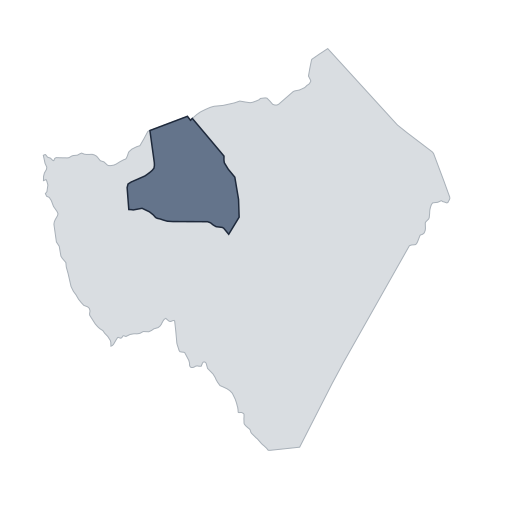 Ouargla on a map of Algeria (Robinson projection), rotated 262°
{"feature_id": "DZA-2194", "entity_name": "Ouargla", "entity_type": "Province", "adm_level": 1, "iso_a3": "DZA", "parent_name": "Algeria", "parent_adm1": "", "projection": "robinson", "projection_center": [6.675, 30.952], "detail": "fine", "context": "in_parent", "style": "filled", "palette": "slate", "viewbox_px": 512, "rotation_deg": 262, "n_neighbors": 0, "source": "natural_earth", "source_scale": "10m", "svg_char_len": 4488}
<svg xmlns="http://www.w3.org/2000/svg" viewBox="0 0 512 512"><g transform="rotate(262 256 256)"><path d="M385.3,59.4L385.7,60.6L385.7,61.7L384.0,62.7L382.9,63.3L381.5,66.1L379.0,68.0L378.6,68.6L378.6,69.1L380.3,70.0L380.9,70.8L381.2,71.9L380.5,75.9L379.4,82.9L379.4,84.4L380.1,86.2L380.7,87.6L380.9,89.2L380.7,93.2L381.6,95.5L382.2,97.6L380.7,100.2L380.1,102.5L379.7,105.9L379.5,107.9L378.6,109.9L377.3,111.7L375.9,112.8L374.1,113.8L372.0,115.1L370.4,118.5L366.8,121.4L366.1,122.4L365.7,124.7L365.8,127.9L366.5,130.4L368.2,134.2L369.7,138.3L370.1,140.3L370.7,141.1L372.9,142.5L376.5,144.3L377.2,145.1L379.1,147.9L380.8,153.0L381.4,156.4L387.9,161.5L394.2,166.1L394.7,166.8L398.1,182.2L399.4,187.7L403.8,207.5L402.0,208.6L400.0,210.0L401.5,212.7L404.4,217.1L406.2,220.6L406.8,222.2L408.2,226.5L409.4,230.8L409.7,232.2L410.1,235.4L409.7,244.4L410.6,255.8L411.7,261.5L410.0,266.7L408.6,271.6L408.7,274.1L409.5,277.9L410.3,280.8L411.4,282.3L411.3,287.1L410.8,288.8L407.5,291.3L403.9,293.6L402.9,295.6L402.6,297.8L403.1,299.5L413.7,315.8L414.1,317.4L414.3,322.0L416.0,327.7L417.9,330.3L418.7,332.2L420.0,333.5L421.3,334.5L422.2,334.6L426.9,333.0L434.9,335.6L442.5,338.3L443.1,338.8L447.5,347.6L451.4,355.9L366.0,414.3L356.6,423.2L334.5,445.1L332.8,446.1L303.6,452.6L288.4,455.8L287.7,456.0L286.8,456.0L286.2,456.0L284.9,455.4L283.3,454.1L282.3,453.5L282.0,452.4L282.7,451.0L283.4,449.8L283.7,448.8L284.2,448.1L284.9,447.5L284.9,446.7L284.4,445.3L283.9,443.3L284.0,439.9L284.0,438.3L282.6,436.9L279.9,435.5L277.5,434.6L276.4,434.3L273.7,433.8L270.0,432.9L268.7,432.2L266.3,429.0L265.2,428.2L259.6,427.6L257.8,427.1L256.3,426.3L255.0,425.3L254.2,423.5L254.0,422.0L253.6,421.3L247.5,417.9L245.9,416.7L245.1,415.6L245.1,413.9L245.3,411.9L245.0,410.1L244.8,409.3L137.9,327.4L132.1,323.2L119.2,313.7L60.6,272.6L61.6,243.1L61.8,241.6L62.1,240.9L64.1,239.8L67.2,237.3L68.3,236.2L69.8,235.1L74.9,231.8L75.9,230.8L80.9,227.0L82.1,226.4L84.7,226.0L85.8,225.3L87.3,223.8L89.5,222.0L91.0,221.2L91.3,221.0L92.2,220.9L96.7,221.4L98.6,221.8L100.8,222.1L101.5,221.9L102.1,221.3L103.0,220.1L103.2,218.6L103.3,217.4L103.5,216.8L103.9,216.6L104.9,216.7L106.2,216.8L108.8,216.8L109.8,216.6L112.8,216.3L117.1,215.5L123.3,213.5L126.3,211.3L128.5,208.9L130.8,205.4L132.7,202.3L136.3,200.4L139.3,199.2L141.0,198.8L145.0,197.1L151.4,192.4L156.7,191.7L157.4,191.3L158.2,190.5L158.3,189.0L157.4,188.0L156.3,187.5L155.6,186.9L154.8,186.8L154.5,186.1L154.7,184.8L154.9,183.7L155.4,182.5L155.3,180.8L154.6,179.2L154.4,178.0L154.5,176.8L154.9,175.9L156.0,175.2L157.3,175.0L159.1,175.3L162.1,174.9L170.1,172.0L170.7,171.2L171.2,169.2L171.8,167.4L172.7,166.9L173.1,166.7L179.5,165.6L180.9,165.5L192.6,166.1L202.7,166.4L203.6,166.0L203.6,164.7L203.0,162.4L203.5,160.9L204.9,159.6L206.8,158.0L206.0,156.2L204.6,154.9L202.6,153.4L201.6,152.8L199.8,151.0L198.7,149.0L198.1,144.7L196.8,142.2L195.9,139.2L196.9,133.8L195.6,130.4L195.5,129.0L195.5,127.3L196.0,124.4L195.8,120.3L194.4,116.0L195.1,114.6L195.5,113.9L195.4,113.2L194.0,111.9L193.4,110.8L193.8,109.7L194.6,108.2L194.5,107.6L192.3,105.7L188.5,102.7L187.4,101.4L186.9,99.8L190.6,100.2L192.6,100.0L197.0,98.0L200.6,95.4L203.4,94.0L205.9,91.1L208.1,89.3L211.2,87.3L220.4,83.1L221.8,83.1L224.7,84.0L227.3,83.7L229.1,82.2L231.1,78.6L234.1,76.5L237.8,74.3L242.9,72.2L246.3,70.3L251.5,68.6L264.7,67.5L271.4,66.6L276.0,66.8L280.7,63.8L283.0,62.8L293.0,62.5L297.7,60.3L315.6,60.3L317.8,61.0L319.9,62.2L323.6,65.1L325.4,65.8L327.7,65.2L333.2,62.4L339.4,61.0L342.8,59.4L344.3,57.0L347.1,56.1L348.8,57.9L355.2,59.8L359.1,59.3L360.9,58.7L360.2,56.0L364.4,56.7L367.6,58.0L371.0,60.6L373.1,61.2L377.1,60.0L385.3,59.4Z" fill="#d9dde1" stroke="#a8b0b8" stroke-width="1"/><path d="M395.0,168.4L395.1,168.6L395.6,171.0L396.2,173.5L396.7,175.9L397.3,178.3L397.8,180.8L398.4,183.2L398.9,185.6L399.5,188.1L400.0,190.5L400.6,192.9L401.1,195.4L401.7,197.8L402.2,200.2L402.8,202.7L403.3,205.1L403.9,207.5L399.5,210.0L400.0,210.7L401.1,212.1L359.4,238.2L355.5,237.6L352.7,237.6L345.8,240.6L337.0,246.0L314.4,246.6L296.8,244.7L281.3,232.0L288.0,227.9L289.0,226.6L290.6,220.6L291.5,219.4L292.9,217.7L295.2,215.6L296.7,212.8L301.7,178.3L302.8,173.0L304.6,169.0L306.1,166.1L306.8,164.0L307.5,162.7L307.8,162.3L308.3,161.8L310.9,160.1L314.6,156.6L319.1,149.8L318.7,140.9L319.3,138.8L319.7,136.5L341.7,137.9L345.1,139.3L346.7,142.8L350.7,157.1L351.6,158.9L353.9,163.1L355.3,165.2L357.2,167.2L359.8,168.0L362.5,168.3L395.0,168.4L395.0,168.4Z" fill="#64748b" stroke="#1e293b" stroke-width="1.5"/></g></svg>